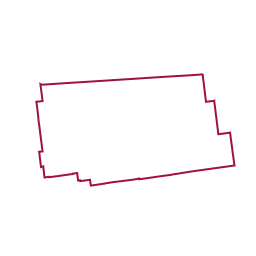 Castellanos, Santa Fe, Argentina (Robinson projection), rotated 71°
{"feature_id": "61730980B49644503791094", "entity_name": "Castellanos", "entity_type": "district", "adm_level": 2, "iso_a3": "ARG", "parent_name": "Argentina", "parent_adm1": "Santa Fe", "projection": "robinson", "projection_center": [-61.604, -31.24], "detail": "fine", "context": "isolated", "style": "outline", "palette": "rose", "viewbox_px": 256, "rotation_deg": 71, "n_neighbors": 0, "source": "geoboundaries", "source_scale": "gbopen_adm2", "svg_char_len": 2546}
<svg xmlns="http://www.w3.org/2000/svg" viewBox="0 0 256 256"><g transform="rotate(71 128 128)"><path d="M57.9,196.5L59.7,196.9L60.1,197.0L61.1,197.2L61.9,197.3L62.6,197.5L63.5,197.7L64.1,197.8L66.4,198.3L66.5,198.3L68.2,198.6L69.6,198.9L70.9,199.2L72.4,199.5L72.6,199.6L74.7,200.0L74.6,200.4L74.3,201.9L74.1,203.1L73.8,204.2L73.4,206.1L73.5,206.1L78.5,207.1L84.9,208.5L85.0,208.5L87.2,209.0L88.7,209.3L89.7,209.6L89.9,209.7L92.1,210.2L94.0,210.6L95.8,210.9L97.3,211.2L98.7,211.5L98.8,211.5L99.2,211.6L101.0,212.0L103.0,212.4L104.2,212.7L105.7,213.0L105.9,213.0L106.0,213.0L107.0,213.3L107.4,213.3L108.0,213.5L108.3,213.5L109.6,213.8L111.0,214.1L112.6,214.4L115.1,214.9L115.7,215.0L116.8,215.3L118.6,215.7L120.2,216.0L122.3,216.4L122.2,216.8L122.1,217.5L121.8,218.8L121.6,219.8L121.9,219.8L124.3,220.3L125.6,220.6L127.1,221.0L127.7,221.1L129.7,221.5L129.8,221.5L132.6,222.1L134.8,222.6L136.6,223.0L136.6,222.0L136.7,221.6L136.7,220.9L136.7,220.6L137.1,220.7L137.9,220.9L138.7,221.1L144.6,222.4L147.6,223.0L148.4,218.6L148.8,218.6L149.3,216.6L149.3,216.3L149.5,215.5L149.5,215.3L150.6,210.2L151.5,205.4L152.3,201.3L153.0,197.6L153.1,197.1L153.5,195.6L153.6,195.2L153.2,195.0L154.0,190.7L161.4,192.3L161.9,190.2L162.7,190.4L163.7,185.4L164.6,180.8L167.8,181.4L170.3,181.9L171.4,176.6L171.8,174.2L172.9,168.5L173.0,168.4L173.0,168.0L172.9,168.0L172.9,167.9L173.0,167.4L173.9,162.2L174.1,160.9L174.2,160.5L174.2,160.4L175.2,155.8L176.4,149.9L177.2,146.4L177.2,146.2L178.1,142.0L178.5,139.9L179.0,136.8L179.4,133.9L180.1,134.1L181.4,127.6L182.5,121.8L182.6,121.4L182.8,120.2L183.6,116.1L184.5,111.4L184.9,109.3L185.9,104.6L186.3,102.8L186.3,102.6L186.3,102.4L186.2,102.3L187.7,94.1L188.2,90.9L188.8,87.8L188.8,87.7L189.4,84.2L190.5,78.2L190.7,77.4L191.8,71.8L192.0,70.8L192.0,70.7L192.5,67.9L192.8,66.7L193.3,64.1L194.3,58.9L194.4,58.5L195.6,52.3L195.7,52.0L196.3,48.8L197.1,44.7L198.0,40.1L198.0,39.9L198.1,39.5L195.8,39.1L195.3,39.0L193.3,38.6L192.3,38.4L191.0,38.1L185.1,37.0L183.2,36.6L181.1,36.1L178.5,35.6L178.4,35.6L173.0,34.5L171.8,34.3L169.5,33.8L167.2,33.3L165.6,33.0L165.2,35.2L165.2,35.3L163.3,44.6L146.8,41.1L144.3,40.6L142.8,40.3L138.9,39.4L137.5,39.1L135.3,38.7L130.5,37.7L130.3,37.6L130.2,38.2L130.0,39.2L129.3,42.6L128.6,45.7L125.1,45.0L120.6,44.0L117.4,43.3L116.7,43.2L113.0,42.4L112.1,42.2L109.8,41.7L105.4,40.8L101.7,40.0L101.5,40.4L99.1,49.4L94.7,65.3L90.3,81.1L87.0,93.2L82.4,110.1L79.2,121.7L74.1,140.3L68.8,159.6L64.3,175.9L61.1,187.8L59.3,194.4L58.9,195.6L57.9,196.5Z" fill="none" stroke="#9f1239" stroke-width="2"/></g></svg>